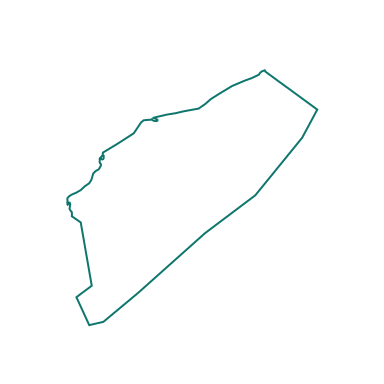 the district of Qantara Sharq, al-, Al Isma`iliyah, Egypt, rotated 67°
{"feature_id": "37247803B91574784842387", "entity_name": "Qantara Sharq, al-", "entity_type": "district", "adm_level": 2, "iso_a3": "EGY", "parent_name": "Egypt", "parent_adm1": "Al Isma`iliyah", "projection": "equal_earth", "projection_center": [32.447, 30.598], "detail": "fine", "context": "isolated", "style": "outline", "palette": "teal", "viewbox_px": 384, "rotation_deg": 67, "n_neighbors": 0, "source": "geoboundaries", "source_scale": "gbopen_adm2", "svg_char_len": 1479}
<svg xmlns="http://www.w3.org/2000/svg" viewBox="0 0 384 384"><g transform="rotate(67 192 192)"><path d="M243.7,339.5L274.4,338.6L276.9,324.3L273.1,311.8L263.9,281.3L235.0,196.2L219.8,135.1L209.1,114.8L185.1,69.4L165.1,44.5L163.6,45.4L157.8,48.8L157.0,49.3L141.7,58.4L128.0,66.6L127.9,66.6L125.4,68.2L109.8,77.4L108.4,77.5L108.3,79.7L108.3,80.9L109.0,82.9L110.2,84.7L110.2,85.4L110.5,92.6L110.1,99.9L110.1,113.7L112.2,128.4L113.8,138.3L116.1,145.2L117.8,153.3L114.5,168.0L113.0,176.6L111.0,184.6L109.0,195.9L108.7,198.0L108.8,198.5L109.6,197.5L110.8,196.5L111.9,195.6L112.8,195.9L112.8,197.2L112.1,198.7L110.6,200.2L109.5,200.8L109.2,202.2L108.2,205.0L107.1,208.5L108.1,211.8L111.8,217.4L115.2,222.7L116.3,228.9L117.1,233.6L117.9,238.2L118.7,243.0L119.3,247.4L120.9,258.6L123.7,260.1L123.7,259.4L124.3,259.1L124.8,259.5L126.5,260.2L127.0,260.9L127.0,261.9L126.4,262.6L125.9,262.7L125.5,262.7L125.0,262.5L124.3,262.1L125.0,263.7L125.9,264.3L127.0,264.6L128.3,265.3L129.5,265.4L130.7,265.0L131.9,265.4L132.8,266.4L134.7,269.0L135.1,272.6L136.4,275.7L139.7,278.4L141.8,280.2L143.8,283.3L144.9,288.6L146.8,293.7L147.4,298.9L147.4,303.5L147.8,306.3L148.7,308.6L149.5,309.4L150.3,309.7L151.3,309.9L153.1,311.0L154.6,311.4L155.1,311.4L155.0,310.4L153.5,309.6L154.1,308.7L155.8,308.9L157.2,309.8L159.6,311.3L161.7,311.1L163.6,310.5L166.3,311.5L167.4,312.1L176.4,306.4L176.5,306.3L239.1,320.9L242.3,334.0L243.7,339.5L243.7,339.5Z" fill="none" stroke="#0f766e" stroke-width="2"/></g></svg>